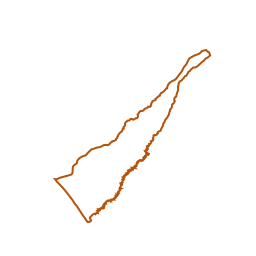 the district of San Andrés Villa Seca, Retalhuleu, Guatemala, rotated 23°
{"feature_id": "79465075B254233596558", "entity_name": "San Andrés Villa Seca", "entity_type": "district", "adm_level": 2, "iso_a3": "GTM", "parent_name": "Guatemala", "parent_adm1": "Retalhuleu", "projection": "mercator", "projection_center": [-91.627, 14.381], "detail": "fine", "context": "isolated", "style": "outline", "palette": "amber", "viewbox_px": 256, "rotation_deg": 23, "n_neighbors": 0, "source": "geoboundaries", "source_scale": "gbopen_adm2", "svg_char_len": 5957}
<svg xmlns="http://www.w3.org/2000/svg" viewBox="0 0 256 256"><g transform="rotate(23 128 128)"><path d="M171.5,36.5L172.3,33.8L173.5,32.4L174.9,30.0L175.2,28.9L173.0,26.7L170.8,26.4L169.5,25.7L166.7,27.7L165.8,28.7L165.4,30.1L164.3,32.0L160.6,35.6L157.8,39.2L157.1,40.6L156.8,46.5L155.6,50.7L155.4,55.0L154.4,58.2L153.2,63.5L152.4,65.2L149.6,68.5L148.4,70.8L148.0,72.7L148.1,75.1L148.4,75.6L148.5,76.2L147.7,76.8L147.6,77.7L146.6,80.4L145.6,82.0L144.9,82.7L144.4,84.5L144.7,85.8L144.2,86.2L144.0,86.7L143.7,86.9L142.7,88.9L142.6,89.5L141.9,90.4L142.4,91.2L142.3,91.5L140.0,93.8L140.1,95.1L139.9,95.9L140.1,96.5L139.9,96.9L140.2,97.4L140.4,98.3L140.2,99.6L139.8,99.6L139.2,100.3L138.2,100.5L138.0,101.3L137.1,102.9L135.9,103.7L135.7,104.1L135.5,105.3L134.6,106.7L133.6,107.0L132.4,108.2L131.9,110.9L131.6,111.6L131.6,112.0L132.1,112.4L132.7,113.7L132.6,115.2L132.2,115.7L131.1,116.2L130.3,117.7L129.3,118.4L128.4,118.2L126.9,118.5L126.2,120.7L124.9,121.2L124.6,122.1L123.8,122.9L123.4,125.1L124.2,126.1L124.3,126.9L123.6,129.0L124.3,129.9L124.3,130.3L123.5,130.7L123.8,131.9L123.5,134.1L123.0,134.5L122.3,136.0L121.7,138.5L121.9,139.2L121.7,140.4L122.0,141.2L121.7,141.6L121.7,142.3L121.2,142.9L121.4,143.9L120.6,145.0L118.6,146.4L118.6,147.3L117.5,148.7L117.2,150.4L116.1,151.7L114.1,152.3L112.4,153.2L110.8,155.3L109.5,156.6L107.1,158.1L104.0,161.0L102.7,161.9L102.5,162.3L102.3,163.1L100.9,166.1L99.9,169.5L97.0,172.0L95.2,174.6L94.3,177.0L94.2,178.6L94.6,179.9L94.6,180.6L93.0,183.2L92.5,184.7L92.6,185.9L94.4,190.9L94.4,191.9L94.0,193.0L92.3,194.5L85.0,200.2L82.3,203.1L80.8,203.6L83.5,205.1L91.7,208.7L96.2,211.0L100.7,213.5L105.2,216.1L108.4,218.3L111.3,219.8L119.6,225.4L127.4,230.3L127.9,229.9L128.8,229.8L130.1,228.3L130.1,227.5L128.3,226.1L128.0,225.6L128.1,224.8L128.8,223.2L129.1,221.9L130.2,220.5L131.1,220.0L131.1,219.7L131.4,219.4L131.8,219.7L131.9,219.0L132.6,218.2L133.3,218.1L132.7,217.5L133.2,216.8L132.9,216.5L132.1,216.1L132.6,215.8L133.1,216.0L133.2,215.7L132.9,215.3L134.1,215.1L134.2,214.6L134.0,214.3L133.3,214.1L133.9,213.9L133.8,213.6L134.0,213.5L134.4,213.6L134.5,213.3L134.0,213.2L134.6,212.7L134.4,212.4L134.8,212.2L135.0,211.7L135.2,212.1L135.5,212.0L135.6,211.5L136.1,211.0L136.5,211.0L136.7,211.5L137.2,210.9L136.9,210.2L136.1,210.3L135.7,210.0L135.5,209.6L135.7,209.3L136.4,209.5L136.7,209.3L136.8,208.7L136.6,208.4L136.2,208.6L135.5,208.4L135.6,207.5L135.7,207.2L136.0,207.1L136.0,206.6L136.4,206.5L136.4,206.8L136.6,206.9L137.4,206.2L137.2,205.9L136.9,206.2L136.6,205.7L136.5,204.8L137.3,203.4L136.7,203.2L137.6,203.1L138.1,202.5L138.5,202.9L138.9,202.2L139.1,202.2L139.7,201.6L140.4,202.0L140.6,202.0L140.1,201.5L140.0,200.9L140.2,201.2L140.2,200.7L140.4,200.4L141.8,200.3L142.2,199.3L142.3,199.5L142.6,199.5L142.5,198.9L143.0,198.9L142.5,198.4L142.6,198.2L143.3,197.9L143.4,197.5L143.6,197.4L143.5,197.1L143.8,197.1L143.9,196.6L143.3,196.3L143.3,196.0L143.5,195.9L143.2,195.5L144.3,195.3L144.4,195.1L144.0,194.7L144.1,194.4L143.8,194.1L144.3,194.2L144.8,193.4L144.6,193.3L144.6,193.0L144.3,192.7L144.3,191.8L144.9,191.9L144.9,191.6L144.0,191.5L144.1,191.3L143.9,191.0L143.9,190.5L144.5,190.5L144.3,189.7L145.0,188.8L144.1,187.5L144.7,187.3L144.3,186.9L145.0,186.4L144.7,186.4L144.4,185.9L143.9,185.8L144.0,184.1L144.7,182.8L144.5,182.0L143.3,182.6L142.7,182.0L143.5,181.6L143.2,181.4L143.2,181.1L144.2,180.1L143.6,179.5L143.8,178.4L143.4,178.1L143.9,177.8L143.9,177.5L144.1,177.3L143.2,177.0L143.5,176.4L143.3,176.3L143.3,175.9L142.7,175.5L143.0,175.4L143.0,174.8L143.5,175.2L144.1,174.9L144.1,174.7L143.4,174.2L143.6,173.9L143.3,173.2L143.5,172.8L143.9,172.8L144.3,172.3L144.2,172.0L144.6,172.3L144.7,172.2L144.9,171.7L144.7,171.4L144.7,170.6L144.9,170.5L146.0,171.3L145.2,169.6L145.4,169.5L145.1,169.3L146.0,168.5L146.3,167.8L145.7,167.9L145.0,167.6L145.4,167.2L145.1,167.0L145.5,166.8L145.4,166.4L145.6,165.8L146.3,165.9L146.9,165.3L147.1,165.8L147.8,165.7L147.5,164.6L147.2,164.4L146.7,163.1L147.3,163.0L148.0,163.4L148.1,164.3L148.8,164.3L148.7,163.9L148.9,163.1L148.6,162.8L148.9,162.4L149.6,162.2L148.8,162.0L148.9,161.8L149.2,161.8L148.8,161.2L148.9,160.3L149.3,160.1L150.4,160.3L150.7,159.9L150.7,159.3L150.0,158.5L149.8,157.5L149.8,156.7L150.6,156.8L150.5,156.1L150.0,156.2L149.8,156.1L150.1,154.7L150.3,154.6L150.5,155.1L151.2,154.5L151.4,154.0L151.1,153.4L151.5,152.8L152.2,152.7L152.9,153.1L153.4,152.9L153.1,152.3L153.3,152.1L153.9,152.3L154.2,152.1L153.9,151.4L154.1,151.2L154.6,151.2L155.0,150.3L154.9,149.9L154.4,150.0L153.7,149.3L153.8,148.7L154.1,148.5L155.0,148.8L155.5,148.6L155.6,147.9L154.7,148.1L154.5,147.0L154.7,146.9L155.0,147.2L155.4,146.2L155.2,145.6L155.7,145.5L155.8,144.6L156.3,144.6L156.7,144.9L157.2,144.7L157.2,143.7L156.4,143.9L155.8,143.4L155.5,143.7L155.5,144.3L155.2,144.6L154.6,144.1L154.8,143.7L154.7,143.3L153.4,143.0L152.5,142.5L154.1,141.3L154.1,141.2L153.6,141.0L153.1,140.5L153.3,139.9L153.6,139.8L153.9,140.2L154.2,140.3L154.5,139.6L153.4,139.4L153.5,138.4L153.1,137.9L152.7,137.9L152.6,137.3L152.7,137.0L153.4,137.2L154.0,137.0L154.2,136.0L153.9,135.4L153.6,134.4L154.5,134.2L155.1,132.3L155.0,131.5L154.3,131.2L154.9,130.7L155.2,129.9L155.8,129.7L156.0,129.4L155.6,128.1L155.1,127.8L154.8,127.4L155.0,126.1L154.4,124.8L155.3,124.0L156.0,123.9L157.0,123.1L157.1,121.9L157.6,121.1L157.1,120.5L157.2,119.6L158.6,118.4L159.1,117.6L158.9,115.3L159.3,112.9L159.1,111.6L158.7,110.1L159.3,108.8L159.1,105.9L159.5,105.2L159.7,104.1L160.2,102.7L160.1,101.3L160.4,100.3L160.3,99.1L159.9,97.3L160.0,96.2L159.5,94.8L160.1,93.3L160.2,92.0L160.0,90.9L159.5,89.8L159.7,88.3L160.3,87.6L160.7,85.5L160.5,84.8L159.7,84.5L159.6,83.9L159.1,82.8L159.5,81.0L160.1,80.4L160.0,79.8L159.7,78.8L159.3,73.9L158.8,72.4L157.7,69.9L157.9,69.1L157.3,67.7L157.3,65.5L157.6,64.7L158.8,63.1L159.3,61.3L159.9,59.8L160.1,58.2L160.9,57.6L161.3,56.9L161.7,52.8L162.6,51.5L163.0,49.8L163.7,48.3L164.4,46.9L166.1,46.1L167.7,44.2L170.5,38.1L171.5,36.5Z" fill="none" stroke="#b45309" stroke-width="2"/></g></svg>